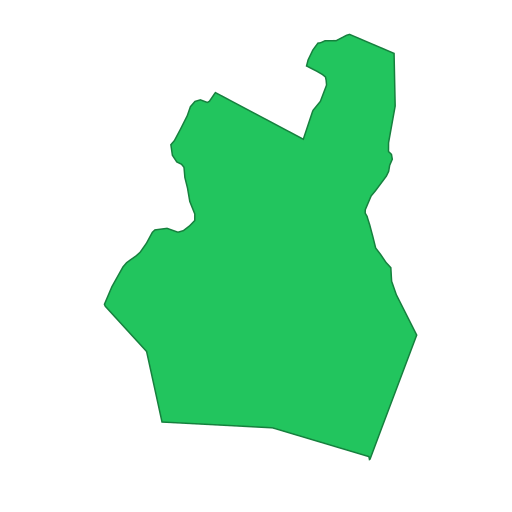 Bissee, Castries, Saint Lucia (orthographic projection), rotated 85°
{"feature_id": "8701671B13263124861718", "entity_name": "Bissee", "entity_type": "district", "adm_level": 2, "iso_a3": "LCA", "parent_name": "Saint Lucia", "parent_adm1": "Castries", "projection": "orthographic", "projection_center": [-60.976, 14.022], "detail": "fine", "context": "isolated", "style": "filled", "palette": "green", "viewbox_px": 512, "rotation_deg": 85, "n_neighbors": 0, "source": "geoboundaries", "source_scale": "gbopen_adm2", "svg_char_len": 1470}
<svg xmlns="http://www.w3.org/2000/svg" viewBox="0 0 512 512"><g transform="rotate(85 256 256)"><path d="M468.6,160.7L468.3,160.1L437.9,145.6L350.0,103.4L348.8,102.8L306.8,119.6L300.9,121.1L297.3,122.0L295.3,122.5L293.1,123.1L289.1,123.0L279.4,122.7L273.7,127.1L265.4,131.7L258.5,136.1L246.4,138.0L243.1,138.6L235.0,140.0L228.3,141.5L226.2,141.9L225.4,142.3L222.8,143.5L219.4,143.1L207.9,137.0L206.1,136.0L201.5,131.4L187.8,119.2L183.3,116.5L179.9,115.6L177.2,114.9L171.5,111.8L170.1,111.9L166.6,112.2L165.6,113.0L163.5,114.9L154.8,114.1L120.6,104.8L118.7,104.3L66.2,100.8L43.4,143.5L44.0,146.5L47.7,155.5L48.5,157.3L47.9,164.9L47.8,166.0L47.7,167.1L47.6,168.5L49.0,172.4L49.3,173.9L49.3,175.7L52.2,178.3L55.9,181.5L57.8,182.6L65.0,186.9L65.5,187.1L71.1,189.1L75.0,182.9L77.1,179.5L77.8,178.5L80.9,174.1L83.7,171.2L87.1,170.8L91.7,170.8L92.3,171.0L107.6,178.4L112.1,182.8L115.8,186.4L117.3,187.2L118.0,187.5L143.8,198.7L89.7,282.2L90.7,283.1L97.8,288.9L98.8,291.1L95.6,297.8L96.7,303.3L101.5,308.3L110.2,312.2L123.6,320.5L133.9,327.2L137.7,331.1L148.4,330.5L155.4,326.7L158.1,322.2L161.4,320.0L171.6,320.0L182.4,318.3L195.9,317.2L208.8,313.3L215.3,313.9L220.1,319.4L224.4,326.1L225.5,331.7L220.7,342.2L221.2,354.4L223.4,357.2L233.6,363.9L242.2,371.1L245.5,375.5L248.7,381.1L251.4,385.5L255.2,389.4L274.0,402.2L290.9,411.2L293.0,410.5L341.6,373.3L392.8,366.7L413.2,364.1L428.6,254.6L465.7,161.0L468.6,160.7Z" fill="#22c55e" stroke="#15803d" stroke-width="1.5"/></g></svg>